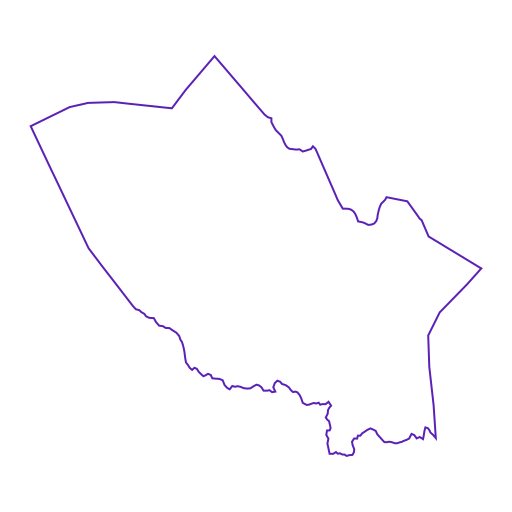 Miguel Calmon, Bahia, Brazil (Equal Earth projection)
{"feature_id": "56859067B28508541952770", "entity_name": "Miguel Calmon", "entity_type": "district", "adm_level": 2, "iso_a3": "BRA", "parent_name": "Brazil", "parent_adm1": "Bahia", "projection": "equal_earth", "projection_center": [-40.57, -11.422], "detail": "fine", "context": "isolated", "style": "outline", "palette": "violet", "viewbox_px": 512, "rotation_deg": 0, "n_neighbors": 0, "source": "geoboundaries", "source_scale": "gbopen_adm2", "svg_char_len": 2923}
<svg xmlns="http://www.w3.org/2000/svg" viewBox="0 0 512 512"><path d="M185.7,89.9L171.9,108.3L129.5,103.8L118.8,102.6L114.3,102.1L103.8,102.4L88.1,102.9L69.6,107.1L30.7,126.2L52.0,171.4L53.6,174.6L88.6,248.3L103.3,267.7L115.1,282.9L132.8,305.9L135.8,309.2L139.3,310.2L141.3,312.1L144.4,313.9L146.0,316.3L149.5,317.9L153.8,318.1L156.1,322.2L159.2,325.7L163.0,326.2L165.5,327.9L169.5,328.1L171.7,329.7L173.5,330.9L176.4,332.7L179.2,336.0L180.4,339.7L181.9,341.9L182.9,344.9L183.6,347.7L184.4,351.7L185.2,358.0L186.0,362.5L187.9,364.9L189.8,367.9L192.1,369.9L194.4,367.8L196.8,368.8L198.8,371.9L200.9,374.0L203.4,376.2L205.6,375.3L208.0,373.8L210.8,375.0L212.3,378.3L215.1,378.6L219.4,378.9L222.7,380.3L224.6,385.1L227.3,388.0L229.7,389.3L232.3,386.0L235.1,386.8L237.3,386.2L240.1,386.7L243.9,388.2L247.7,388.6L250.4,388.3L253.6,386.2L256.5,384.7L258.8,385.3L261.4,387.2L263.6,390.7L267.0,390.7L269.5,390.2L272.1,392.2L275.3,391.6L273.3,387.2L274.8,383.1L277.3,380.7L280.1,381.7L282.0,384.0L285.6,385.1L288.9,387.4L290.8,390.1L293.1,392.1L295.3,391.6L297.4,392.3L299.7,395.1L301.3,398.6L302.8,402.9L306.6,404.9L309.0,404.7L311.5,403.7L313.8,403.0L316.3,403.5L318.7,402.7L320.2,404.7L322.3,404.1L325.7,404.1L328.5,401.8L331.1,405.7L329.3,407.7L328.0,410.2L327.7,413.7L325.8,417.5L327.2,419.6L329.0,421.1L329.8,424.2L330.6,428.1L329.6,430.4L327.0,430.5L326.3,434.9L328.4,438.7L327.4,443.6L328.3,447.6L328.9,450.6L329.6,453.8L333.2,453.8L336.0,452.1L337.8,453.7L339.9,453.3L342.3,454.5L344.4,454.5L346.6,455.9L349.7,455.1L352.4,454.9L354.0,452.1L354.2,449.1L352.7,445.4L352.0,441.8L354.1,438.5L357.1,438.6L357.9,435.7L360.3,435.7L362.2,433.3L364.1,432.1L367.3,429.9L370.5,428.4L373.4,429.7L375.7,430.9L377.3,434.3L379.9,437.2L382.4,440.0L384.4,442.1L387.0,442.2L389.0,441.7L391.9,442.2L395.0,443.3L397.4,443.2L399.5,442.4L401.7,441.9L403.9,440.8L406.5,439.9L409.2,438.5L410.3,436.2L411.6,433.9L414.3,435.1L416.7,438.4L419.7,437.0L423.0,439.1L423.8,435.3L424.4,431.2L425.4,427.4L427.9,428.2L429.4,430.2L430.4,432.5L433.0,434.8L435.8,438.1L433.6,405.1L433.2,401.6L429.3,367.0L428.2,335.5L439.7,312.4L467.0,284.4L481.3,268.4L479.0,267.1L474.6,264.4L428.6,236.5L421.6,220.1L419.8,218.8L416.8,214.5L407.3,201.3L386.5,197.2L385.2,199.7L383.5,201.5L381.2,203.7L379.6,207.4L378.6,210.8L377.7,214.9L377.3,218.2L376.3,221.0L374.2,223.5L371.4,224.6L368.2,224.9L365.3,223.4L363.2,222.5L361.0,222.0L358.1,221.4L356.9,217.7L355.3,214.0L353.6,211.5L351.0,209.6L348.4,208.8L345.7,208.7L342.8,208.7L337.7,200.0L334.9,193.4L319.1,157.1L317.3,152.9L315.5,148.9L312.9,146.3L311.0,149.0L309.0,149.6L306.0,150.6L302.8,151.5L299.5,149.3L296.2,149.6L292.2,149.1L289.5,148.8L287.3,147.4L285.4,144.8L284.0,142.0L282.6,138.4L281.3,135.7L278.3,132.6L275.9,130.3L274.2,127.5L272.8,124.9L271.4,122.0L271.4,118.3L267.8,117.2L264.4,114.4L252.1,100.1L240.9,86.9L237.6,83.1L214.5,56.1L193.3,81.0L185.7,89.9Z" fill="none" stroke="#5b21b6" stroke-width="2"/></svg>